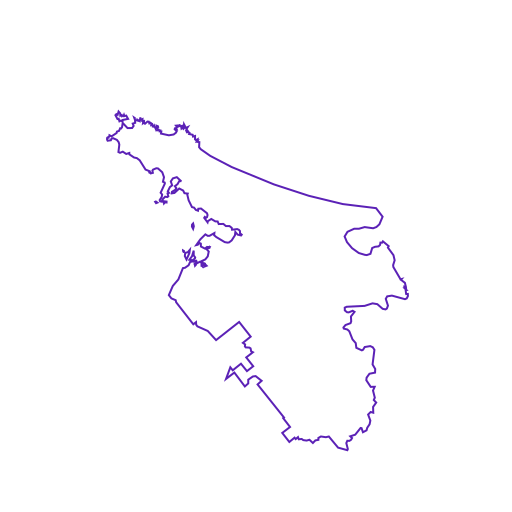 Port Stephens, New South Wales, Australia (Albers equal-area conic projection), rotated 222°
{"feature_id": "25037944B52772221720298", "entity_name": "Port Stephens", "entity_type": "district", "adm_level": 2, "iso_a3": "AUS", "parent_name": "Australia", "parent_adm1": "New South Wales", "projection": "albers", "projection_center": [151.986, -32.729], "detail": "fine", "context": "isolated", "style": "outline", "palette": "violet", "viewbox_px": 512, "rotation_deg": 222, "n_neighbors": 0, "source": "geoboundaries", "source_scale": "gbopen_adm2", "svg_char_len": 6130}
<svg xmlns="http://www.w3.org/2000/svg" viewBox="0 0 512 512"><g transform="rotate(222 256 256)"><path d="M64.5,179.8L62.9,181.1L62.4,183.0L62.8,185.0L65.3,185.1L62.7,189.6L63.2,198.2L62.4,198.7L58.6,196.6L57.2,200.4L58.4,202.8L59.0,207.0L60.9,210.2L66.6,213.2L66.4,216.8L64.0,218.0L68.0,222.2L68.6,227.5L72.1,227.8L72.9,230.2L79.0,234.3L80.3,238.2L83.2,235.5L90.9,237.5L92.4,239.6L92.9,244.4L89.5,249.0L91.8,251.8L96.8,253.4L105.2,265.5L108.1,266.3L110.8,265.5L114.3,261.1L113.7,258.0L114.2,256.7L120.0,254.9L123.6,258.0L128.5,258.6L136.3,262.5L138.9,262.5L142.2,260.8L143.2,261.4L143.3,264.6L140.8,269.3L141.5,271.1L145.0,274.6L145.4,280.4L147.5,280.0L149.4,276.1L150.8,275.1L153.6,275.0L155.5,277.0L154.6,279.0L141.9,291.6L137.7,298.8L133.6,301.4L126.5,301.5L124.0,303.0L123.6,304.5L124.7,307.4L130.9,311.0L131.5,313.8L128.5,317.5L116.4,323.6L115.6,325.3L116.3,327.9L117.8,329.4L118.9,328.2L119.1,328.3L122.1,330.9L121.6,331.4L123.7,331.5L122.8,332.3L123.9,333.2L124.8,332.1L125.4,332.6L124.3,333.6L127.4,335.7L132.4,335.3L132.4,336.3L133.0,335.4L146.5,339.7L148.0,341.0L150.1,345.6L154.4,348.6L163.6,350.5L164.0,352.1L171.5,351.8L171.2,350.3L172.5,349.2L171.2,347.2L171.4,345.1L173.7,342.5L175.0,339.7L172.4,334.2L174.3,330.8L175.9,329.7L181.6,327.0L189.9,326.1L197.7,327.2L203.2,329.8L204.2,335.2L201.3,341.9L197.7,345.2L194.6,350.2L187.5,355.0L185.9,358.1L185.5,362.1L188.2,369.9L198.8,371.9L226.2,352.7L257.0,336.1L290.6,321.2L333.7,305.8L357.0,299.8L368.5,298.4L371.1,298.8L374.3,302.7L376.1,301.5L376.4,302.5L376.8,301.6L377.6,303.5L378.2,301.9L379.4,301.9L381.6,304.4L382.7,302.6L384.2,303.7L387.3,301.9L388.0,303.8L387.8,302.8L389.1,303.0L390.1,301.7L391.6,302.4L391.0,303.4L392.6,303.7L393.0,306.1L393.8,304.3L397.6,305.7L397.0,304.9L397.7,303.8L395.0,302.9L395.0,301.9L396.6,302.3L396.7,300.9L398.6,302.4L399.6,301.6L400.9,302.7L400.1,300.8L400.6,299.7L401.8,300.3L402.6,299.4L401.6,299.3L401.2,297.9L399.9,297.2L401.6,296.5L401.3,295.8L398.4,295.6L398.0,294.1L398.5,291.2L401.5,287.4L408.5,283.4L409.7,285.2L410.8,284.3L411.2,285.2L413.4,283.4L413.4,284.7L415.0,284.4L415.6,285.3L416.6,284.6L415.9,283.5L418.9,284.8L418.6,283.6L419.4,283.1L421.2,284.4L421.6,283.3L422.5,284.5L423.7,284.4L424.0,283.2L425.5,284.1L426.6,283.3L427.0,280.0L428.0,279.7L428.9,280.7L429.0,279.3L430.2,281.0L430.9,280.3L432.0,281.8L432.8,280.2L434.7,281.6L432.6,278.4L435.0,278.0L434.4,277.5L437.0,276.2L434.9,274.1L436.2,271.9L434.0,270.8L433.7,268.2L437.1,265.1L444.1,265.7L441.7,262.0L441.6,260.4L442.4,260.0L441.5,257.3L442.6,255.4L441.9,254.1L443.4,248.3L445.7,247.7L445.0,246.7L445.5,245.1L444.9,245.0L445.5,243.9L444.5,242.8L443.4,242.4L441.3,244.9L441.9,246.5L441.1,247.9L437.1,249.2L434.2,248.7L432.1,247.3L427.8,241.2L426.1,241.7L424.8,244.4L420.7,245.0L419.1,247.8L418.1,246.8L412.5,247.6L410.1,249.0L406.5,249.3L395.9,246.3L392.1,247.7L391.5,246.9L391.0,246.6L390.2,246.5L391.5,247.0L391.4,247.7L389.7,247.0L389.9,246.3L388.3,248.8L390.1,250.1L390.3,251.3L388.8,254.5L387.4,255.5L381.7,255.5L377.1,253.0L374.8,248.9L373.0,249.5L372.2,248.8L369.2,239.2L366.9,238.9L365.6,236.8L365.0,233.1L363.9,232.5L362.7,233.1L362.9,234.4L362.0,234.2L363.3,235.6L363.2,239.3L361.3,240.5L361.1,241.7L363.6,243.3L362.9,244.7L364.8,245.0L366.1,249.6L365.6,252.4L369.2,254.4L369.7,258.1L367.6,261.6L361.4,261.5L363.2,260.7L362.4,256.8L363.0,253.6L360.6,253.1L360.3,251.1L361.4,247.5L360.5,246.2L358.8,248.3L358.2,254.8L353.9,255.9L351.2,254.8L348.5,256.7L348.1,255.6L343.3,252.3L336.3,249.5L334.4,250.5L331.5,250.0L329.4,250.8L330.5,252.5L328.6,254.5L321.0,255.0L319.4,254.0L318.4,252.1L318.7,250.9L320.2,250.8L320.0,249.7L314.5,248.6L315.1,249.7L314.0,253.6L309.4,254.5L307.6,256.0L305.1,254.8L301.7,258.0L298.4,258.1L295.7,260.5L292.9,260.7L291.4,259.5L288.0,263.4L286.3,264.0L284.6,263.8L283.1,262.2L280.9,262.3L280.8,261.3L283.9,259.6L287.4,260.0L285.5,257.3L284.5,251.3L285.1,248.1L286.1,246.9L288.5,245.4L298.2,243.5L301.0,243.4L302.3,245.2L304.0,240.0L305.3,238.7L308.1,238.2L308.5,231.1L307.7,224.1L306.8,225.4L306.7,226.8L307.4,227.1L306.8,227.8L305.3,228.3L303.3,226.2L298.7,227.4L298.7,228.6L297.8,229.0L298.4,230.0L296.3,231.7L295.8,230.2L296.1,230.8L296.7,229.8L297.1,230.6L297.9,228.1L294.1,227.7L291.6,223.4L291.4,219.5L292.9,216.1L290.4,215.3L289.3,215.6L289.2,216.9L288.8,215.8L286.2,215.7L287.0,214.1L287.2,214.8L289.6,213.4L288.9,212.5L289.8,212.6L289.3,211.6L292.0,214.5L293.8,214.3L295.8,209.0L294.8,209.0L294.8,208.0L296.6,209.4L296.0,209.6L296.3,212.0L297.2,212.5L301.0,207.5L299.9,204.0L300.9,199.7L302.2,198.1L298.0,186.6L297.8,178.1L294.6,168.6L290.5,167.9L286.1,169.4L284.4,168.2L256.9,163.3L256.3,166.7L254.5,164.9L252.5,164.5L241.7,168.0L229.4,166.8L224.4,195.7L206.0,192.5L207.6,182.7L204.9,183.0L203.8,181.4L202.5,181.2L199.6,183.5L198.2,183.7L195.8,181.9L193.9,182.4L195.4,174.1L184.3,172.2L185.7,164.4L195.1,165.9L196.8,155.5L200.6,156.1L196.0,144.6L194.1,154.9L177.0,151.6L176.5,156.1L179.0,158.9L177.7,164.4L175.9,166.5L168.3,167.0L168.9,161.6L127.1,154.7L127.3,153.7L116.3,151.7L118.1,142.1L106.8,140.1L105.8,146.8L104.0,146.5L103.6,149.5L101.6,148.4L99.6,150.6L97.7,150.8L94.9,152.7L93.3,155.2L88.6,155.1L88.5,158.7L86.6,161.1L87.9,162.5L87.0,165.3L82.8,168.1L81.1,170.6L66.8,168.5L58.2,172.8L58.6,174.0L63.7,177.4L64.5,179.8ZM450.7,269.5L452.4,271.1L454.8,271.4L453.3,268.3L454.7,268.0L454.7,266.6L450.6,265.1L449.9,266.1L447.6,264.7L447.0,266.3L445.1,266.5L446.1,267.9L442.8,272.3L446.4,273.5L447.4,271.9L448.5,272.5L448.1,271.4L448.8,271.3L449.1,270.2L450.2,270.8L450.7,269.5ZM309.2,213.1L310.6,211.2L310.2,210.2L308.8,208.3L305.3,206.9L307.4,213.5L309.3,216.3L309.2,213.1ZM299.7,213.2L300.2,214.2L302.7,214.8L305.9,218.3L303.4,213.0L303.0,208.6L300.3,210.4L299.7,213.2ZM320.9,234.1L322.1,236.5L324.5,238.1L324.5,236.5L323.3,235.0L320.9,234.1ZM358.3,235.9L358.9,236.6L361.0,235.1L359.5,233.6L359.4,235.1L358.3,235.9ZM365.0,229.7L366.9,229.5L367.2,228.8L365.6,228.4L365.0,229.7ZM415.0,286.3L415.7,286.8L416.8,286.4L415.4,285.5L415.0,286.3ZM311.8,210.3L312.9,211.5L313.9,211.3L313.5,210.9L311.8,210.3ZM437.8,276.6L438.3,277.4L439.1,277.3L437.8,276.6Z" fill="none" stroke="#5b21b6" stroke-width="2"/></g></svg>